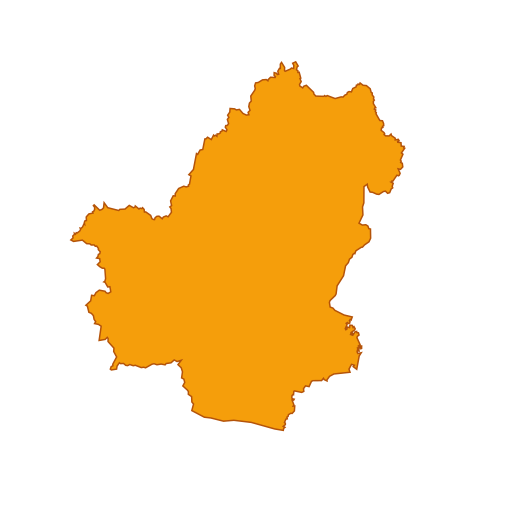 outline of Basilicata, Matera, Italy, rotated 70°
{"feature_id": "23120603B59117294159851", "entity_name": "Basilicata", "entity_type": "district", "adm_level": 2, "iso_a3": "ITA", "parent_name": "Italy", "parent_adm1": "Matera", "projection": "natural_earth1", "projection_center": [16.009, 40.517], "detail": "fine", "context": "isolated", "style": "filled", "palette": "amber", "viewbox_px": 512, "rotation_deg": 70, "n_neighbors": 0, "source": "geoboundaries", "source_scale": "gbopen_adm2", "svg_char_len": 6064}
<svg xmlns="http://www.w3.org/2000/svg" viewBox="0 0 512 512"><g transform="rotate(70 256 256)"><path d="M152.6,390.6L153.1,391.6L154.6,391.0L156.9,391.6L158.4,393.1L158.6,394.5L159.9,394.5L159.3,398.6L160.5,400.9L161.3,402.2L164.7,403.2L164.4,404.6L165.6,405.8L167.5,406.2L166.8,406.5L169.5,409.2L170.2,411.0L169.7,411.7L171.0,411.7L172.2,413.0L173.2,416.1L172.6,416.9L173.8,418.2L172.6,418.9L173.5,419.1L174.6,421.4L176.4,421.7L177.6,424.5L179.9,422.5L181.7,413.7L186.5,410.9L187.7,408.0L189.3,407.1L190.2,404.4L191.9,403.7L192.2,402.3L195.0,401.5L196.1,402.0L198.7,400.9L200.4,402.0L200.6,403.6L202.4,404.7L203.4,406.5L205.0,403.8L208.1,404.4L209.8,408.0L212.7,406.4L214.9,404.6L215.5,402.9L216.7,402.5L225.9,405.1L227.9,406.5L228.3,407.8L229.1,406.8L234.4,405.9L234.9,403.8L240.0,404.7L240.6,407.8L239.2,409.4L237.5,409.9L234.5,414.9L235.7,418.9L238.0,421.5L236.7,423.9L241.6,426.7L244.1,432.7L245.4,431.6L251.7,432.3L253.6,430.3L256.4,429.2L260.2,429.8L262.9,429.1L264.3,430.8L266.4,427.4L269.0,425.5L281.7,432.3L282.8,426.2L281.6,423.6L283.0,423.2L285.8,424.3L294.0,421.0L297.1,422.4L303.2,421.5L308.7,427.6L310.2,428.0L310.4,429.9L312.5,431.6L313.6,430.9L314.6,425.7L311.9,424.2L309.6,420.9L310.8,420.1L311.7,417.2L314.2,415.8L315.1,414.1L314.8,411.7L317.1,408.9L317.4,406.8L321.6,402.0L322.1,399.6L323.3,398.0L322.1,390.7L322.4,388.6L324.3,386.3L325.1,382.1L327.2,378.6L326.3,377.2L327.3,372.4L325.7,368.4L328.2,366.3L328.4,361.9L331.4,366.5L335.4,364.5L339.7,364.7L345.1,367.6L347.0,365.9L350.4,366.2L353.1,369.2L358.6,366.3L360.3,365.9L362.8,366.9L366.1,364.6L371.3,366.2L373.7,365.3L379.3,369.2L389.8,359.7L392.7,353.9L400.1,343.0L402.8,333.0L410.7,317.4L424.9,297.6L429.2,290.0L427.4,288.9L426.9,287.4L425.4,288.7L424.5,286.1L423.1,285.6L422.2,286.2L419.5,283.7L419.7,282.3L418.0,282.1L417.7,280.7L416.2,279.8L415.7,277.1L416.3,275.9L414.7,272.9L410.2,270.9L409.8,272.4L408.8,271.3L403.8,271.4L404.3,269.9L403.6,269.1L402.6,270.7L401.3,270.8L399.5,269.9L398.8,268.7L399.2,268.2L396.1,266.7L396.0,265.9L399.8,259.7L399.6,257.4L396.9,256.7L395.0,253.9L396.9,250.8L392.8,246.8L392.6,245.2L395.5,237.0L394.0,234.4L395.5,234.2L397.7,232.0L396.7,231.7L394.2,228.0L393.5,223.1L397.4,207.4L394.1,207.3L390.5,203.3L392.3,200.9L393.2,202.5L396.9,200.1L385.2,193.2L382.9,190.2L382.5,193.6L380.6,193.8L379.8,193.3L380.6,191.6L379.4,191.5L378.8,192.6L378.4,192.3L378.9,191.2L378.3,190.8L377.1,191.9L376.7,190.5L377.5,189.6L376.0,188.9L375.4,190.0L374.9,188.5L367.3,189.1L366.2,188.3L365.5,186.2L363.2,186.0L362.5,187.4L361.3,187.2L361.1,188.8L363.6,192.2L362.4,193.6L362.0,191.6L361.2,191.8L361.5,193.5L360.4,192.8L359.2,188.5L358.3,187.7L355.9,188.1L356.5,189.2L354.1,189.3L353.1,191.4L355.3,192.6L353.8,194.7L355.7,195.5L356.0,196.8L354.8,197.0L351.6,193.9L350.1,194.3L349.8,192.8L351.0,192.4L351.1,190.9L349.6,190.0L348.8,190.4L347.8,189.1L348.7,188.5L346.2,186.4L341.6,193.4L334.0,200.5L331.3,201.5L329.3,203.8L324.7,202.9L323.2,201.7L320.3,195.1L319.0,193.7L311.8,190.0L304.5,180.5L295.9,175.2L293.8,171.5L290.9,169.2L290.0,166.3L287.7,164.5L287.1,162.7L287.6,162.3L285.3,160.4L283.8,154.1L284.1,152.9L282.7,150.3L281.3,145.0L278.5,142.2L269.8,139.2L268.9,140.6L266.1,140.6L264.2,142.1L263.3,145.5L260.4,148.0L254.0,141.5L246.3,139.1L243.0,136.5L227.7,130.8L226.6,126.9L229.3,127.5L234.9,126.9L236.0,124.7L239.1,121.5L240.2,119.4L239.0,114.3L239.3,112.2L242.1,110.9L242.2,108.7L239.3,106.1L238.7,104.2L237.1,104.2L234.6,102.2L232.8,103.7L232.9,102.9L232.1,102.7L232.4,101.7L228.3,96.0L229.4,94.6L229.1,93.7L227.6,92.3L222.7,92.6L224.0,90.6L222.5,87.6L218.9,86.8L217.6,88.1L216.5,87.1L215.2,87.5L210.6,83.1L208.9,84.1L205.6,79.4L204.9,80.2L203.7,79.3L202.4,81.9L199.1,81.0L197.6,83.9L196.7,83.7L196.6,82.1L195.0,82.4L194.5,85.5L192.9,84.9L189.2,87.5L187.6,87.4L188.7,89.9L187.4,93.2L185.7,94.1L185.2,93.3L183.8,93.5L180.7,95.4L178.7,94.3L178.6,92.8L177.4,92.8L177.2,91.4L175.1,90.8L172.2,90.9L171.0,93.3L163.4,94.6L162.5,93.9L161.2,94.5L159.7,93.5L158.5,94.6L157.5,93.8L157.6,92.7L153.1,93.6L150.9,92.9L150.0,91.5L148.7,91.9L146.9,90.9L144.3,91.7L142.6,91.0L141.6,91.8L137.9,91.5L133.6,94.0L132.2,97.0L129.0,99.0L130.2,100.1L129.3,101.3L130.0,101.9L129.8,103.2L131.3,104.1L131.7,107.8L134.4,110.2L133.3,112.3L133.6,114.2L135.1,115.4L135.2,117.5L136.4,119.8L135.6,121.6L135.1,127.8L129.6,134.2L130.0,135.7L128.7,136.7L129.2,137.6L126.2,145.1L123.6,146.2L121.9,145.9L112.8,150.3L112.8,153.0L114.0,154.6L111.2,156.7L109.6,156.4L107.6,153.9L104.3,154.0L104.2,153.1L98.1,152.6L97.8,153.8L96.2,153.3L94.8,154.3L92.3,152.6L91.9,151.4L87.1,152.3L87.4,155.6L89.9,155.3L92.7,156.5L91.5,158.4L92.1,159.7L92.4,165.4L91.6,165.8L88.6,164.6L82.8,165.8L84.0,167.5L88.1,169.0L87.7,169.8L89.8,172.3L93.0,172.6L92.8,173.9L91.3,174.3L89.9,176.2L92.4,177.2L94.2,176.4L94.8,177.0L93.0,181.2L94.4,184.2L95.4,184.9L93.7,186.0L92.7,189.6L93.7,194.5L93.2,197.2L95.7,199.1L98.3,199.4L99.8,200.5L103.9,206.2L108.8,207.5L110.1,209.9L113.2,211.7L117.1,211.8L118.3,214.3L120.8,214.4L120.3,216.8L117.6,219.5L112.6,221.4L112.0,224.5L110.4,225.8L108.5,229.9L111.8,231.4L114.0,234.5L116.5,234.1L117.8,236.2L122.2,236.5L123.5,238.3L123.1,239.8L124.4,240.8L127.5,240.1L128.8,241.5L125.9,244.5L126.9,245.1L127.1,247.0L128.1,247.3L128.5,249.1L128.0,250.8L130.1,251.8L128.7,252.6L128.9,254.1L127.9,254.5L131.3,258.2L127.8,260.9L128.8,262.9L128.5,264.0L137.7,269.6L137.3,272.3L140.6,276.1L139.4,276.9L153.3,285.2L156.6,291.3L158.5,289.7L165.7,293.9L166.2,295.3L167.4,295.6L167.2,298.0L165.7,300.0L166.1,305.6L169.8,310.6L172.0,311.3L171.1,313.2L175.0,317.4L179.8,318.1L180.4,320.2L182.4,319.6L186.0,320.5L189.1,325.2L187.6,326.7L187.7,329.7L188.9,331.4L185.4,333.5L184.8,335.6L185.5,337.7L187.1,338.9L186.6,339.9L185.4,341.0L181.8,341.1L176.9,344.5L176.5,345.8L173.9,345.2L171.8,346.1L172.4,347.1L171.4,348.5L171.8,349.9L167.7,352.3L168.6,352.9L168.8,354.6L165.1,357.8L167.1,363.1L165.6,368.0L166.3,369.4L159.9,378.8L154.0,380.5L158.6,382.8L159.5,384.6L159.6,387.2L152.6,390.6ZM376.7,187.5L376.2,188.7L379.0,189.2L379.0,188.4L376.7,187.5Z" fill="#f59e0b" stroke="#b45309" stroke-width="1.5"/></g></svg>